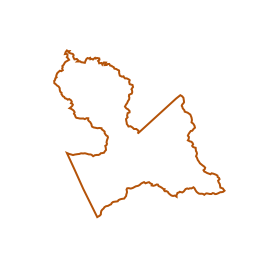 the district of Mutunópolis, Goiás, Brazil, rotated 68°
{"feature_id": "56859067B66418540138374", "entity_name": "Mutunópolis", "entity_type": "district", "adm_level": 2, "iso_a3": "BRA", "parent_name": "Brazil", "parent_adm1": "Goiás", "projection": "robinson", "projection_center": [-49.322, -13.713], "detail": "fine", "context": "isolated", "style": "outline", "palette": "amber", "viewbox_px": 256, "rotation_deg": 68, "n_neighbors": 0, "source": "geoboundaries", "source_scale": "gbopen_adm2", "svg_char_len": 4694}
<svg xmlns="http://www.w3.org/2000/svg" viewBox="0 0 256 256"><g transform="rotate(68 128 128)"><path d="M167.6,192.3L199.1,189.9L198.9,188.5L198.7,187.1L198.0,185.6L196.2,184.7L194.9,183.8L194.1,182.5L193.5,180.8L192.6,179.5L192.3,177.7L192.7,175.6L192.4,173.5L192.4,172.3L191.4,171.1L191.0,169.5L191.4,167.7L191.8,166.3L192.1,165.0L191.3,163.8L191.2,162.4L191.3,160.9L191.7,159.2L192.0,157.9L191.3,156.9L190.3,155.2L188.9,154.4L188.0,153.6L187.0,152.9L185.6,152.6L184.5,152.4L183.6,151.3L184.1,149.8L185.2,148.1L185.4,146.1L185.0,142.7L185.2,141.4L185.4,140.2L185.2,138.6L184.5,136.8L184.3,135.5L184.2,133.4L185.8,132.5L185.9,130.3L186.1,128.8L187.7,128.0L189.0,126.8L190.1,127.6L191.1,126.1L191.3,124.4L191.1,122.6L191.7,121.5L193.3,121.4L194.5,120.2L195.9,119.1L197.7,118.1L198.4,117.0L199.5,117.9L200.5,117.4L201.0,115.9L202.4,114.9L203.7,114.8L205.6,113.8L206.8,113.1L207.9,111.7L208.2,109.9L209.9,108.7L208.4,108.2L207.7,107.3L206.7,106.4L206.9,105.2L206.5,104.0L207.2,103.1L208.1,101.7L207.7,100.0L206.2,97.5L206.2,95.8L207.1,94.7L207.1,93.2L207.8,91.7L207.5,89.5L208.9,88.9L210.3,88.8L211.6,88.6L212.9,88.3L214.2,87.6L215.3,86.9L216.0,85.8L216.6,84.1L217.3,83.1L218.5,82.3L218.0,80.7L218.1,79.5L218.8,78.4L219.8,76.9L220.4,75.4L220.1,73.8L220.8,72.8L221.9,72.0L222.3,70.8L222.3,68.9L222.1,66.5L222.6,65.1L222.8,63.6L222.3,62.0L221.1,62.4L219.6,62.7L217.8,64.7L216.2,64.3L214.1,63.9L212.5,64.3L210.6,64.2L209.7,62.3L208.4,62.3L207.1,63.2L205.6,62.9L204.2,64.0L202.4,65.9L201.3,67.5L201.8,68.8L199.3,71.6L198.1,72.5L196.9,73.6L195.4,73.8L194.9,72.3L193.7,71.3L192.1,71.9L190.9,72.7L187.7,74.5L185.3,74.9L183.9,75.3L181.5,75.2L179.7,75.5L178.6,74.4L177.5,73.6L176.0,73.4L174.9,73.6L173.6,73.3L171.7,72.7L171.1,73.6L169.8,74.9L168.6,75.2L167.5,73.7L165.7,73.8L164.5,74.4L163.5,75.7L161.9,77.1L161.0,75.9L159.2,74.9L157.6,75.4L156.6,74.4L155.4,72.8L154.3,70.9L154.6,69.4L153.4,67.5L152.8,65.8L150.7,65.5L148.4,65.9L146.6,67.0L144.5,65.7L142.1,65.2L140.3,65.2L138.9,65.2L136.1,67.0L134.1,69.3L132.7,69.1L130.2,69.9L128.9,69.7L127.6,69.9L126.6,69.0L125.9,67.5L125.1,66.4L123.8,66.0L120.8,65.3L118.9,65.9L117.2,67.2L118.7,72.3L136.8,121.0L135.5,119.7L134.2,119.4L132.0,120.7L131.1,122.9L129.3,123.6L127.3,125.0L126.8,127.0L125.3,127.2L123.8,127.6L122.6,127.2L121.1,127.0L119.0,126.5L117.9,124.3L116.4,124.3L114.1,122.8L114.1,120.7L112.9,120.2L110.6,121.0L109.5,122.0L108.3,122.5L107.0,122.8L105.5,121.0L104.7,119.6L103.8,118.7L103.0,117.9L101.9,116.2L100.1,115.3L99.0,115.3L97.6,114.5L97.5,111.6L96.3,110.6L94.4,110.1L93.4,110.3L92.7,109.4L91.9,108.0L89.8,107.7L88.0,110.0L85.7,109.7L84.3,108.5L83.3,109.0L81.5,110.6L80.9,112.2L79.5,112.7L78.4,112.8L78.2,114.3L77.3,115.1L76.4,116.0L73.5,115.6L72.5,115.1L71.3,114.8L70.2,115.8L68.8,116.9L67.9,118.4L66.1,118.5L65.2,119.5L64.2,119.9L63.5,121.1L61.6,121.4L61.1,122.8L61.6,124.1L61.0,125.9L59.1,123.9L58.2,125.8L59.0,127.0L59.6,128.0L57.8,128.1L57.2,130.5L55.7,130.3L54.6,130.6L54.0,128.9L52.7,128.6L51.4,130.6L51.6,131.8L50.6,132.2L50.9,133.4L51.4,134.8L50.3,135.7L50.1,137.2L48.8,136.9L48.8,138.4L48.0,139.3L48.4,140.6L49.8,142.2L51.4,143.6L50.1,145.6L49.5,146.7L48.4,147.3L47.3,150.2L46.7,148.8L44.8,149.6L44.3,151.9L42.6,152.1L41.2,152.1L40.1,151.1L38.6,151.5L37.3,153.3L35.7,154.7L34.8,153.5L34.4,154.8L33.2,155.6L34.2,157.3L35.8,158.7L36.1,157.4L37.1,156.6L38.7,157.2L39.4,158.2L40.9,157.5L42.7,157.1L43.0,158.9L43.3,161.3L44.2,162.7L45.3,164.0L46.0,165.7L47.1,165.7L48.2,166.8L50.0,166.8L50.3,168.6L49.4,169.7L49.9,171.2L50.7,173.1L51.9,174.3L53.2,175.3L54.3,175.2L54.7,176.8L56.0,177.5L56.7,178.8L58.9,179.5L60.5,178.5L62.0,177.9L63.5,176.8L65.5,176.4L66.7,176.9L67.8,177.1L69.1,177.2L70.5,176.4L71.7,177.0L72.9,176.7L74.2,176.5L75.3,175.5L76.8,175.3L78.0,173.9L79.2,173.2L79.1,171.7L81.1,170.4L82.7,170.3L83.7,171.6L84.7,170.6L85.8,170.4L86.6,171.4L87.3,173.0L87.8,174.7L88.5,173.9L89.8,172.9L91.0,172.1L92.2,171.7L93.4,171.6L94.5,172.8L96.2,172.3L97.7,172.5L99.2,172.1L100.2,170.5L101.3,168.9L101.9,167.4L102.4,165.9L103.6,164.7L103.4,162.7L104.1,161.2L105.7,162.0L107.1,161.6L108.5,160.8L109.5,160.7L110.8,160.5L112.2,160.8L113.3,160.8L114.6,159.7L115.4,158.4L116.8,156.3L117.2,154.6L118.3,152.6L119.4,152.8L121.2,151.7L122.6,151.0L124.1,151.6L126.7,151.0L128.0,150.0L129.2,150.1L130.4,151.1L131.5,152.1L133.3,153.3L134.8,153.4L135.8,154.4L136.1,155.8L137.9,156.0L140.1,156.6L141.1,158.5L141.9,159.4L141.7,161.0L141.2,162.7L141.9,164.2L141.9,165.6L141.3,166.9L140.8,169.0L141.1,170.9L139.2,171.8L138.3,172.9L137.8,174.2L136.4,175.9L135.3,177.4L134.8,179.2L133.9,181.0L133.8,183.0L133.3,184.7L132.7,187.3L132.5,189.1L131.2,190.7L129.9,192.4L128.3,194.0L147.3,193.1L167.6,192.3Z" fill="none" stroke="#b45309" stroke-width="2"/></g></svg>